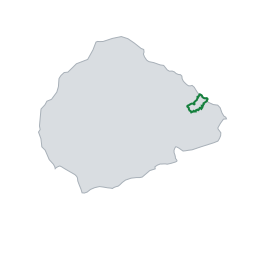 location of Villa Constitución, Salto, Uruguay, rotated 118°
{"feature_id": "84410073B3070112347268", "entity_name": "Villa Constitución", "entity_type": "district", "adm_level": 2, "iso_a3": "URY", "parent_name": "Uruguay", "parent_adm1": "Salto", "projection": "albers", "projection_center": [-57.701, -31.128], "detail": "fine", "context": "in_parent", "style": "outline", "palette": "green", "viewbox_px": 256, "rotation_deg": 118, "n_neighbors": 0, "source": "geoboundaries", "source_scale": "gbopen_adm2", "svg_char_len": 3113}
<svg xmlns="http://www.w3.org/2000/svg" viewBox="0 0 256 256"><g transform="rotate(118 128 128)"><path d="M198.1,173.2L196.6,174.4L195.0,176.9L192.9,182.7L186.5,190.7L185.1,195.2L178.4,199.8L173.6,205.1L170.6,204.8L167.8,207.1L152.1,213.7L146.5,212.2L142.4,212.2L138.6,209.0L129.8,207.7L124.3,208.8L116.8,212.1L114.6,212.0L113.0,211.8L109.0,210.4L106.9,207.3L95.5,203.7L86.4,195.8L75.5,195.6L67.2,196.6L65.9,195.6L65.0,193.6L63.3,190.6L56.1,183.7L50.4,176.8L49.2,170.0L50.0,162.6L51.6,153.8L51.3,151.0L53.4,149.5L55.5,149.1L57.5,146.8L59.3,143.4L59.6,140.8L58.2,136.0L57.2,129.3L56.0,125.9L58.3,120.6L58.4,118.1L57.0,115.8L56.7,113.5L57.3,111.1L57.1,108.8L56.3,106.6L56.9,104.8L59.1,103.3L60.7,101.1L61.7,98.1L62.2,95.9L62.3,94.3L61.6,92.8L60.3,91.4L60.9,88.7L63.4,84.5L65.1,80.9L65.8,77.6L65.8,75.1L64.9,73.1L65.3,71.7L66.9,71.0L67.6,69.0L67.3,63.8L65.7,59.5L66.9,56.1L70.5,52.2L72.4,49.1L72.6,46.7L73.7,45.3L75.4,47.9L80.6,48.6L85.7,48.7L86.6,48.0L88.6,43.8L91.3,42.6L94.2,42.3L97.4,42.5L100.8,45.4L110.3,54.7L117.2,61.2L119.3,64.2L121.1,66.5L122.5,68.6L121.8,74.1L121.9,76.4L122.2,77.1L123.8,77.2L126.1,76.9L128.2,75.7L129.7,74.0L131.3,72.6L132.5,71.9L133.0,70.7L133.7,69.5L134.5,69.3L135.8,70.2L139.0,73.4L141.5,76.3L142.1,78.0L143.0,79.7L144.0,81.3L144.7,82.7L147.1,84.7L149.6,86.0L151.3,84.8L155.4,88.8L164.6,92.4L166.3,94.4L167.8,97.3L170.9,101.8L175.2,105.8L178.8,107.5L182.2,108.6L184.1,109.5L185.4,111.0L187.4,112.7L188.7,113.3L189.1,114.8L190.4,118.0L191.7,122.0L193.1,125.7L196.3,129.4L199.9,132.3L203.8,134.0L205.9,136.0L206.8,138.1L204.0,140.9L201.0,144.5L198.4,147.4L195.7,149.3L194.8,150.7L194.1,152.9L193.7,164.5L193.4,168.8L193.5,170.0L193.8,170.7L195.4,172.0L197.3,173.0L198.1,173.2Z" fill="#d9dde1" stroke="#a8b0b8" stroke-width="1"/><path d="M67.5,71.1L67.4,71.2L67.3,71.3L67.2,71.3L66.9,71.3L66.7,71.3L66.4,71.3L66.1,71.2L65.9,71.2L65.7,71.2L65.4,71.2L65.2,71.3L64.9,71.5L64.7,71.9L64.7,72.0L64.7,72.3L64.7,72.5L64.8,72.6L65.0,73.0L65.3,73.2L65.4,73.4L65.5,73.6L65.6,73.8L65.7,74.1L65.8,74.3L65.9,74.6L65.9,74.8L65.9,75.1L65.9,75.3L65.9,75.5L65.9,75.9L65.8,76.2L65.7,76.4L65.7,76.7L65.6,76.8L65.6,77.0L65.4,77.2L65.2,77.4L65.1,77.5L64.9,77.7L64.8,77.8L64.7,78.0L64.6,78.4L64.5,78.6L64.5,78.8L64.5,79.0L64.5,79.3L64.5,79.5L64.5,79.9L64.5,80.1L64.5,80.3L64.6,80.5L65.0,80.4L65.4,80.6L66.0,80.3L66.7,80.5L67.1,80.5L67.5,81.1L67.7,81.3L68.0,81.3L68.2,80.8L68.4,80.5L69.0,80.5L69.8,80.6L70.1,80.6L71.0,80.4L71.4,80.6L72.8,81.2L74.3,81.6L74.5,81.6L75.4,80.7L75.7,80.5L76.1,80.7L76.1,81.1L75.9,81.8L76.0,82.2L76.4,83.0L77.0,83.6L78.4,84.5L79.4,85.0L79.8,85.4L80.3,85.8L80.9,85.9L81.3,85.6L81.5,84.9L81.7,83.8L82.0,83.5L82.7,83.2L83.7,81.8L83.6,80.7L84.5,79.5L83.4,78.8L83.3,78.4L83.1,78.2L82.1,78.1L82.1,77.7L82.2,76.9L81.6,76.0L81.1,76.5L80.9,76.5L80.3,76.2L79.1,75.3L79.1,75.1L79.4,74.7L79.4,74.4L79.2,74.2L78.0,74.1L76.6,74.1L76.2,73.9L76.0,73.6L76.0,73.4L76.4,73.1L76.6,72.9L76.7,72.2L75.7,72.2L75.2,72.0L74.6,72.1L74.3,72.3L74.1,72.6L74.0,72.9L73.7,73.2L73.4,72.4L73.2,72.3L73.1,72.5L72.5,72.5L72.0,72.5L71.4,72.3L70.8,72.9L67.5,71.1Z" fill="none" stroke="#15803d" stroke-width="2"/></g></svg>